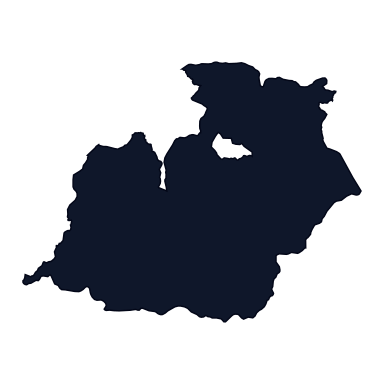 Kambove, Katanga, Democratic Republic of the Congo
{"feature_id": "63176286B84034630662614", "entity_name": "Kambove", "entity_type": "district", "adm_level": 2, "iso_a3": "COD", "parent_name": "Democratic Republic of the Congo", "parent_adm1": "Katanga", "projection": "albers", "projection_center": [26.544, -11.235], "detail": "fine", "context": "isolated", "style": "filled", "palette": "ink", "viewbox_px": 384, "rotation_deg": 0, "n_neighbors": 0, "source": "geoboundaries", "source_scale": "gbopen_adm2", "svg_char_len": 5927}
<svg xmlns="http://www.w3.org/2000/svg" viewBox="0 0 384 384"><path d="M289.0,80.5L283.0,79.3L279.4,77.4L277.5,77.6L275.8,78.8L272.1,78.4L268.9,78.5L266.5,79.7L265.7,80.4L265.0,81.5L263.3,86.7L262.1,86.8L260.3,85.8L259.1,79.4L258.9,77.1L259.6,73.9L258.6,71.7L257.3,70.6L255.2,69.6L252.7,67.0L248.6,65.6L244.8,63.7L241.5,62.8L236.5,63.4L228.7,63.7L225.7,62.9L222.6,63.4L219.5,63.1L216.9,62.2L215.3,62.2L213.9,62.5L211.5,63.7L208.2,64.0L202.2,63.8L201.1,63.9L199.6,64.6L195.7,65.3L191.1,64.4L189.0,64.5L187.3,65.4L182.1,69.0L182.5,69.0L183.8,70.2L185.0,70.3L185.7,70.8L185.7,72.2L187.4,74.9L187.7,76.3L189.3,76.8L191.4,79.1L192.4,79.0L193.1,80.2L192.4,81.1L193.0,83.3L194.4,84.5L196.3,84.4L198.7,85.3L200.7,85.6L199.1,87.8L198.8,90.2L195.6,93.4L194.4,95.2L193.4,95.8L192.6,97.0L191.4,98.0L191.5,98.7L192.5,100.0L202.2,104.0L203.8,105.4L206.2,106.9L207.1,107.9L207.3,109.1L205.7,112.5L205.4,113.6L203.9,116.3L201.0,118.5L199.9,121.1L199.7,126.0L199.9,128.7L200.7,130.6L200.6,132.8L199.8,132.9L199.1,133.7L197.9,135.6L196.5,135.6L193.7,134.8L192.1,134.7L189.4,135.4L186.5,137.3L185.5,137.6L184.3,137.9L180.0,137.4L177.7,138.9L176.4,138.9L174.7,140.8L172.7,144.8L166.9,154.0L164.9,157.9L164.1,162.3L166.1,169.8L166.1,171.1L165.7,172.1L166.1,174.4L166.0,178.3L165.0,179.6L164.9,181.2L166.3,187.2L166.8,191.0L158.6,187.6L158.4,187.0L160.2,183.4L160.5,181.1L160.2,178.6L159.6,177.4L160.7,172.8L159.3,169.3L161.5,165.3L162.0,163.9L161.9,162.9L160.8,161.4L158.6,160.7L157.4,159.2L156.9,156.9L154.7,152.4L153.2,151.5L152.3,151.5L151.9,150.5L152.1,149.4L151.2,146.1L151.0,144.5L150.0,144.1L149.5,144.5L148.8,144.2L147.2,143.3L146.9,142.4L146.0,142.0L145.3,140.4L145.8,140.0L144.4,138.7L144.1,138.0L144.8,136.6L144.7,135.4L143.6,135.5L143.3,135.0L143.3,133.9L142.9,133.1L141.7,133.2L140.8,132.5L139.6,132.9L138.1,132.7L137.2,133.2L136.1,132.8L134.9,133.0L133.8,134.3L132.3,135.0L132.4,136.8L132.0,138.1L130.8,140.2L127.8,143.9L126.7,145.0L125.0,145.2L123.4,146.8L118.9,148.6L118.2,149.2L114.9,148.7L106.7,146.6L103.1,146.5L99.1,145.4L98.8,144.6L96.2,146.4L95.1,148.0L87.3,155.4L88.2,155.9L88.2,156.5L87.6,157.8L87.7,159.3L85.6,162.8L83.5,165.3L82.7,169.0L79.5,171.4L73.6,175.0L73.1,179.7L73.1,186.9L74.0,189.1L76.2,191.4L77.1,193.3L77.2,196.5L75.2,200.3L69.9,205.0L67.6,209.5L67.9,214.3L67.5,216.6L67.6,217.2L68.7,218.4L67.9,219.9L68.2,220.4L70.0,220.5L71.1,220.1L71.6,220.9L71.7,221.7L71.2,223.2L71.5,223.4L71.0,224.6L70.5,225.0L71.1,227.5L70.6,229.6L69.5,230.9L68.3,230.5L67.2,230.8L65.0,232.0L64.1,233.0L63.1,240.5L60.4,243.5L59.3,243.4L58.7,244.8L57.6,245.9L56.4,245.6L56.2,246.1L56.7,246.9L54.5,251.8L55.5,256.8L54.2,258.8L51.3,261.3L48.4,261.9L47.0,262.7L46.0,262.7L44.0,261.8L43.3,262.3L42.0,265.7L38.4,268.3L37.5,270.6L35.5,272.3L34.1,274.8L33.0,275.8L31.7,276.0L30.9,276.8L25.2,274.6L24.8,277.6L24.0,279.8L23.0,280.7L23.0,282.3L23.7,283.5L25.2,284.5L26.7,284.7L28.6,283.5L30.9,283.2L36.0,280.3L38.3,280.6L39.4,279.4L41.1,276.2L43.5,275.9L47.8,276.6L49.6,275.0L50.3,275.0L51.1,275.7L54.7,283.9L58.2,285.4L59.8,288.1L61.6,289.6L65.2,289.8L74.6,291.4L78.9,291.6L80.8,290.9L83.1,289.4L85.3,287.2L86.7,286.5L88.0,286.8L89.2,287.8L89.7,289.0L90.4,292.9L91.0,294.7L92.3,297.1L94.5,299.4L96.9,300.2L101.2,299.9L103.7,301.2L105.6,303.2L106.3,305.2L105.8,306.6L104.2,309.1L104.7,309.8L106.1,310.4L109.6,310.1L113.7,310.6L119.1,310.8L130.3,310.2L135.7,309.4L137.8,310.1L139.3,310.1L140.8,308.4L142.6,308.2L149.0,310.7L154.9,311.5L156.7,312.4L157.3,313.2L159.0,314.1L160.6,314.6L161.9,314.6L162.7,314.4L165.4,312.9L167.7,310.9L174.9,306.8L178.0,306.0L180.6,306.0L184.5,306.8L187.7,308.3L191.3,311.9L197.0,314.5L199.5,316.7L201.3,317.2L203.6,316.9L205.9,315.4L207.8,316.6L210.3,316.9L212.1,317.9L216.5,317.9L221.3,318.9L223.9,321.8L225.5,321.8L231.6,315.9L233.1,314.7L234.9,314.1L237.4,314.2L238.7,314.7L241.6,317.9L243.6,319.1L248.2,317.1L252.8,317.8L253.9,316.9L254.9,316.1L256.7,312.7L259.2,310.4L261.5,309.2L264.3,306.7L265.8,304.0L267.1,300.2L268.5,299.7L269.5,297.2L271.2,295.8L272.0,295.8L273.1,294.7L273.5,293.3L271.7,289.6L271.8,288.5L272.7,286.6L273.2,281.2L274.0,278.9L275.8,277.2L277.1,273.9L279.1,272.5L279.8,271.4L279.9,269.9L279.3,266.7L276.0,262.0L276.0,256.1L276.5,255.1L279.1,253.8L286.5,254.3L288.3,253.9L291.4,252.4L297.7,253.3L299.2,252.6L302.3,250.5L304.8,247.9L305.7,247.9L305.6,239.8L306.7,238.3L307.8,237.6L310.5,234.3L310.8,232.3L312.0,229.5L314.0,226.0L314.8,224.8L319.5,223.2L321.4,221.8L322.1,218.8L324.2,216.3L326.9,211.2L334.0,202.6L336.4,201.1L341.4,200.2L346.5,196.2L351.6,193.8L356.2,195.0L357.9,194.8L359.3,194.0L361.0,191.0L352.8,177.6L340.0,154.2L339.4,153.5L336.6,151.7L330.0,149.1L326.9,148.2L323.3,141.6L322.7,139.7L323.1,138.4L321.7,132.8L321.7,131.2L321.0,129.4L321.7,127.3L321.1,125.6L321.8,122.5L322.9,120.6L324.7,118.4L326.8,114.4L324.8,112.4L324.6,111.6L323.7,111.4L322.6,110.4L321.2,110.3L320.5,109.1L319.7,108.9L319.5,107.8L319.1,107.8L318.6,106.0L319.1,104.5L318.9,103.2L319.9,102.4L320.7,102.3L322.2,103.2L323.2,103.2L323.9,102.7L327.1,103.1L327.4,102.7L327.9,102.6L328.3,101.5L330.9,100.2L331.7,100.2L332.4,100.9L332.7,100.1L332.0,98.7L332.7,97.6L332.8,95.9L333.7,94.6L333.9,93.5L335.5,92.7L335.8,91.4L334.1,91.0L333.0,91.5L331.9,91.6L328.0,90.2L325.7,90.0L324.8,89.5L324.3,88.3L322.4,86.5L326.6,83.6L326.8,80.6L326.4,79.4L325.0,78.0L322.5,78.1L316.3,80.3L314.1,81.9L312.8,84.0L309.7,85.4L307.6,86.8L304.5,87.0L301.3,86.8L299.5,86.2L298.5,84.5L295.6,81.9L293.9,81.7L292.1,80.7L289.0,80.5ZM218.1,132.4L220.5,133.9L223.2,138.1L231.3,138.3L232.6,143.2L235.8,144.2L239.8,144.5L241.8,143.4L244.1,146.3L252.2,152.1L252.2,156.4L250.7,155.6L249.3,155.5L246.9,156.5L244.7,155.6L243.6,155.7L242.9,156.9L241.3,158.3L239.4,158.8L237.8,160.2L237.2,160.1L234.9,157.9L234.1,158.1L233.2,158.8L231.0,158.3L229.5,159.0L228.0,158.5L224.2,157.9L222.3,159.4L220.9,159.0L216.9,154.6L216.6,153.1L214.7,150.4L211.3,147.0L212.0,142.2L215.4,136.2L218.1,132.4Z" fill="#0f172a" stroke="#020617" stroke-width="1.5"/></svg>